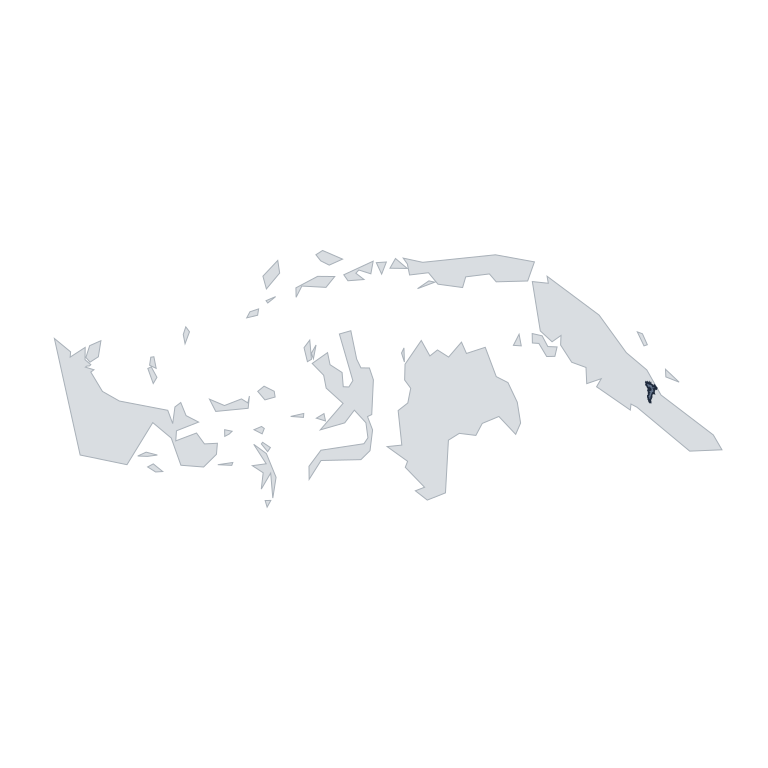 Tapanuli Selatan, Sumatera Utara, Indonesia shown in context, rotated 166°
{"feature_id": "22746128B22210082667393", "entity_name": "Tapanuli Selatan", "entity_type": "district", "adm_level": 2, "iso_a3": "IDN", "parent_name": "Indonesia", "parent_adm1": "Sumatera Utara", "projection": "equal_earth", "projection_center": [99.254, 1.551], "detail": "fine", "context": "in_parent", "style": "filled", "palette": "slate", "viewbox_px": 768, "rotation_deg": 166, "n_neighbors": 0, "source": "geoboundaries", "source_scale": "gbopen_adm2", "svg_char_len": 7586}
<svg xmlns="http://www.w3.org/2000/svg" viewBox="0 0 768 768"><g transform="rotate(166 384 384)"><path d="M268.4,303.3L280.4,324.7L298.2,322.0L307.3,311.9L322.9,317.9L335.1,313.9L350.7,263.5L370.1,260.9L379.4,272.8L369.6,274.0L383.5,298.0L379.8,303.3L396.1,322.5L381.5,320.4L376.7,354.8L365.5,359.8L359.1,373.4L363.0,382.9L358.8,398.1L337.3,417.2L332.7,400.1L323.9,404.1L314.8,394.5L298.7,405.9L296.6,393.7L276.9,395.1L273.3,364.0L263.4,355.4L259.1,334.1L260.9,313.1L268.4,303.3ZM72.0,238.4L103.6,244.9L144.2,300.3L149.2,304.8L151.3,299.1L178.4,329.9L171.9,336.6L187.2,335.3L184.0,351.2L196.6,359.7L203.2,379.1L200.5,388.3L210.7,384.3L219.5,397.7L215.3,447.5L200.2,442.0L199.7,449.1L158.6,398.8L141.3,355.8L125.6,334.1L117.9,306.3L76.8,254.9L72.0,238.4ZM696.0,388.6L692.8,507.9L680.3,491.0L682.0,486.0L665.1,491.8L668.2,479.9L663.8,473.7L665.4,472.8L668.1,473.3L669.7,472.6L662.0,468.0L665.6,466.5L659.0,444.9L644.9,431.5L600.2,410.8L598.6,396.7L592.4,412.3L585.7,415.2L583.7,401.2L573.1,391.9L596.7,388.8L599.8,379.2L577.8,381.8L572.7,369.3L560.0,366.8L563.6,356.3L579.1,347.1L600.7,354.3L603.5,383.0L617.7,402.5L652.9,367.9L696.0,388.6ZM476.7,322.3L461.2,335.0L417.9,330.9L412.6,335.7L410.9,350.8L419.1,365.8L431.5,355.8L456.9,354.9L428.4,375.1L441.1,394.0L440.4,407.1L448.7,421.3L431.2,428.1L431.7,415.8L421.9,405.3L424.2,391.2L418.8,389.6L413.4,394.8L415.2,443.3L403.3,443.7L404.5,414.7L402.5,405.2L394.3,403.1L393.3,390.6L403.3,357.3L407.9,356.4L406.2,342.2L413.7,322.7L424.7,316.2L463.6,325.0L479.7,309.6L476.7,322.3ZM219.7,449.2L250.4,456.0L255.1,465.3L278.8,468.2L284.4,458.6L307.5,467.8L313.9,481.2L332.8,483.6L332.3,494.8L334.9,501.5L317.0,492.7L244.6,482.4L208.5,466.1L219.7,449.2ZM515.5,325.0L528.5,311.7L522.7,327.1L531.5,336.6L517.6,335.1L525.0,357.0L515.0,345.0L511.3,319.6L519.5,300.2L515.5,325.0ZM521.7,393.3L553.9,398.1L557.0,411.5L544.0,401.7L525.9,404.0L520.7,398.6L517.5,404.9L521.7,393.3ZM446.2,498.6L422.4,504.5L405.8,500.2L416.9,491.8L440.0,498.9L448.3,489.4L446.2,498.6ZM378.1,490.2L394.0,492.9L396.6,499.7L364.8,505.8L370.1,494.1L380.9,500.7L384.5,498.3L378.1,490.2ZM475.1,504.7L475.4,517.9L457.2,529.6L458.4,516.9L475.1,504.7ZM219.5,371.3L223.9,385.9L230.1,387.9L228.0,397.1L218.9,392.5L216.0,380.7L207.1,378.1L211.5,369.5L219.5,371.3ZM660.3,492.4L648.2,494.5L654.6,479.5L664.0,476.3L666.8,481.9L660.3,492.4ZM408.4,512.6L415.6,518.8L418.8,525.9L411.3,528.4L394.0,515.2L408.4,512.6ZM503.4,397.4L508.3,407.4L500.9,410.9L492.3,403.5L492.8,397.7L503.4,397.4ZM333.5,490.5L350.2,494.9L342.5,503.0L333.5,490.5ZM359.7,491.2L362.1,503.6L352.2,501.8L359.7,491.2ZM249.1,390.2L240.9,399.6L241.6,387.8L249.1,390.2ZM607.8,440.3L609.4,456.2L605.7,456.9L602.7,445.4L607.8,440.3ZM328.4,468.4L315.5,473.2L310.1,470.5L328.4,468.4ZM452.9,424.2L452.8,438.6L445.4,444.6L448.4,425.5L452.9,424.2ZM97.2,314.4L108.8,322.7L107.3,330.2L97.2,314.4ZM125.6,373.3L121.1,370.2L119.0,358.4L122.5,358.1L125.6,373.3ZM562.5,487.4L560.1,481.7L567.3,471.2L566.8,480.6L562.5,487.4ZM551.4,341.9L564.8,345.9L549.7,344.4L551.4,341.9ZM470.2,371.1L482.4,375.1L469.0,374.8L470.2,371.1ZM447.1,431.3L440.5,438.3L446.4,425.5L447.1,431.3ZM619.9,352.6L626.9,353.9L633.4,360.7L627.2,362.3L619.9,352.6ZM501.2,481.4L496.6,486.5L487.5,487.2L490.0,481.3L501.2,481.4ZM606.9,458.9L603.8,466.4L600.7,466.1L601.3,454.3L606.9,458.9ZM521.2,371.1L513.1,372.4L510.9,369.8L514.3,365.1L521.2,371.1ZM621.1,369.9L631.0,371.0L640.4,373.7L631.3,375.4L621.1,369.9ZM449.7,362.3L457.9,367.2L449.4,369.8L449.7,362.3ZM527.5,299.7L522.0,298.4L527.2,292.8L527.5,299.7ZM468.0,495.0L477.2,490.7L478.3,493.4L468.0,495.0ZM551.2,371.7L549.7,378.2L542.8,374.9L546.3,372.9L551.2,371.7ZM359.5,409.8L355.9,414.2L358.9,400.4L359.5,409.8ZM513.3,346.5L517.5,355.5L515.9,356.8L509.6,349.8L513.3,346.5Z" fill="#d9dde1" stroke="#a8b0b8" stroke-width="1"/><path d="M129.7,301.5L129.6,302.1L129.5,302.3L129.5,303.4L129.5,303.6L129.5,303.8L129.7,304.4L129.6,304.7L129.4,304.7L129.3,304.8L129.1,304.8L128.9,304.9L128.6,304.9L128.4,305.0L128.2,305.5L128.1,305.8L128.1,306.0L128.1,306.5L128.0,306.8L127.7,306.9L127.3,306.8L127.3,307.0L127.3,307.4L127.2,307.8L126.9,308.5L126.7,308.7L126.6,309.0L126.4,309.3L126.2,309.4L126.1,309.5L125.9,309.8L125.7,309.9L125.6,310.0L125.4,310.4L125.2,310.4L124.9,310.1L124.7,309.8L124.6,309.7L124.5,309.4L124.3,309.4L124.1,309.3L124.2,309.9L124.2,310.4L124.0,310.6L123.9,310.7L123.8,311.1L123.8,311.4L123.7,311.6L123.6,311.8L123.6,312.0L123.4,312.3L123.3,312.5L123.2,312.6L123.2,312.8L123.3,312.8L123.5,313.0L123.5,313.3L123.5,313.5L123.3,313.5L123.1,313.6L122.9,313.8L123.0,313.8L123.2,314.0L122.9,314.0L122.7,314.0L122.4,314.2L122.2,314.0L122.0,313.9L121.9,313.9L121.8,314.0L121.8,313.8L121.7,313.6L121.6,313.8L121.6,313.7L121.4,313.6L121.4,313.8L121.3,313.7L121.3,313.8L121.2,313.7L121.2,313.9L121.1,314.0L121.3,314.1L121.2,314.2L121.3,314.3L121.2,314.2L121.1,314.3L121.0,314.2L121.0,314.3L120.9,314.3L120.9,314.2L120.8,314.3L120.7,314.4L120.8,314.3L120.7,314.2L120.6,314.3L120.4,314.3L120.5,314.5L120.8,315.0L121.0,315.3L121.2,315.7L121.3,316.2L121.4,316.4L121.4,316.6L121.4,317.0L121.4,316.9L121.6,317.1L121.6,316.9L121.8,316.8L121.8,316.7L122.0,316.8L122.0,316.7L122.0,316.8L122.1,316.7L122.1,316.8L122.2,316.6L122.3,316.5L122.4,316.3L122.5,316.2L122.8,316.2L122.8,316.4L123.0,316.7L123.3,316.7L123.3,316.8L123.5,316.9L123.5,317.1L123.7,317.3L123.8,317.2L123.8,317.3L123.8,317.5L123.9,318.1L124.1,318.2L124.1,318.4L124.3,318.6L125.3,319.3L125.0,320.2L125.0,320.3L125.1,320.2L125.4,320.2L125.4,320.3L125.5,320.3L125.7,320.5L125.8,320.5L125.8,320.4L125.9,320.5L126.0,320.4L126.0,320.6L126.3,320.7L126.3,320.8L126.4,321.0L126.4,321.4L126.5,321.3L126.8,321.4L127.0,321.2L127.0,320.9L127.1,320.4L127.2,320.5L127.3,320.7L127.4,320.8L127.5,321.0L127.6,321.3L127.9,321.6L128.0,321.6L128.0,321.8L128.1,321.7L128.1,321.8L128.3,321.9L128.5,321.8L128.7,322.1L128.8,322.1L129.0,322.3L129.2,322.5L129.3,322.7L129.5,322.5L129.4,322.4L129.4,321.8L129.5,321.7L129.4,321.6L129.5,321.5L129.4,321.2L129.2,320.9L129.3,320.7L129.2,320.5L129.4,320.4L129.5,320.2L129.9,320.0L130.1,320.0L130.2,319.8L130.4,319.8L130.0,319.6L129.8,319.3L129.7,319.1L129.5,318.9L129.4,318.9L129.3,318.6L129.2,318.3L129.1,318.1L129.2,317.9L129.1,317.6L129.1,317.4L129.1,317.1L129.0,316.7L128.7,316.4L128.8,316.3L128.7,316.1L128.6,315.7L128.4,315.6L128.4,315.3L128.1,314.8L128.1,314.3L128.3,314.2L128.4,314.3L128.6,314.4L128.7,314.5L128.8,314.6L128.9,314.4L128.9,314.2L129.0,314.3L128.9,314.1L128.9,313.9L128.9,313.3L129.0,313.2L129.3,312.7L129.2,312.4L129.1,312.1L128.9,311.9L128.7,311.7L129.0,311.6L129.3,311.6L129.5,311.5L129.6,311.3L129.6,311.1L129.6,310.9L129.4,310.8L129.3,310.7L129.4,310.4L129.3,310.2L129.5,309.9L129.9,309.4L130.3,309.1L130.3,308.9L130.5,308.8L130.8,309.0L130.9,308.9L130.9,308.7L131.0,308.4L131.1,307.9L131.2,307.3L131.1,307.0L131.0,306.7L131.0,306.4L130.9,306.4L131.0,306.2L131.0,305.9L131.2,305.7L131.3,305.5L131.2,305.4L130.9,305.1L131.0,304.9L130.9,304.8L130.8,304.7L130.9,304.4L131.0,304.3L131.0,304.2L131.0,303.8L131.0,303.7L131.1,303.3L131.0,303.1L130.9,302.8L130.9,302.7L130.9,302.4L130.7,302.1L130.5,301.9L130.4,301.6L129.9,301.6L129.7,301.5ZM126.8,313.6L127.5,313.6L127.5,314.1L127.8,314.7L127.8,314.8L127.8,314.7L127.6,314.7L127.6,314.9L127.7,315.0L127.9,315.8L128.1,316.2L128.2,316.4L128.2,316.5L127.9,316.5L127.6,316.6L127.2,315.6L126.8,315.6L126.7,315.2L126.5,314.9L126.4,314.7L126.5,314.6L126.5,313.8L126.6,313.7L126.8,313.6ZM129.3,313.4L129.2,313.4L129.2,313.6L129.2,313.9L129.1,314.0L129.3,314.3L129.4,314.2L129.5,314.0L129.4,313.9L129.3,313.7L129.3,313.4Z" fill="#64748b" stroke="#1e293b" stroke-width="1.5"/></g></svg>